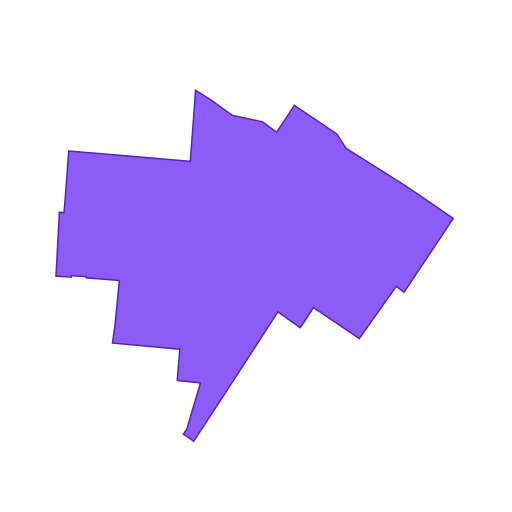 outline of Dolores, Buenos Aires, Argentina, rotated 261°
{"feature_id": "61730980B96971314093631", "entity_name": "Dolores", "entity_type": "district", "adm_level": 2, "iso_a3": "ARG", "parent_name": "Argentina", "parent_adm1": "Buenos Aires", "projection": "robinson", "projection_center": [-57.606, -36.418], "detail": "fine", "context": "isolated", "style": "filled", "palette": "violet", "viewbox_px": 512, "rotation_deg": 261, "n_neighbors": 0, "source": "geoboundaries", "source_scale": "gbopen_adm2", "svg_char_len": 825}
<svg xmlns="http://www.w3.org/2000/svg" viewBox="0 0 512 512"><g transform="rotate(261 256 256)"><path d="M259.1,453.7L262.2,456.7L266.8,451.8L275.3,442.9L290.1,427.3L302.6,413.8L348.3,361.8L363.8,354.9L398.8,317.4L389.6,309.2L375.0,295.7L387.4,283.5L398.6,254.6L409.0,244.1L416.7,236.4L422.1,230.3L429.2,222.2L420.3,220.2L403.3,216.2L359.8,205.9L361.5,198.8L382.5,114.0L388.8,88.2L389.0,87.5L388.7,87.4L387.8,87.2L376.4,84.5L365.1,81.9L345.2,77.1L328.9,73.2L330.0,68.7L267.4,55.3L264.1,70.2L265.4,70.6L262.2,85.2L260.9,85.0L258.9,93.5L253.2,117.2L210.8,106.2L192.5,100.6L175.8,166.2L145.4,158.7L139.3,181.3L95.6,160.5L91.4,156.4L82.8,165.5L122.2,201.3L197.4,268.9L178.3,288.4L183.1,293.0L196.1,304.7L158.3,345.1L204.1,389.8L197.1,396.6L250.4,445.8L259.1,453.7Z" fill="#8b5cf6" stroke="#5b21b6" stroke-width="1.5"/></g></svg>